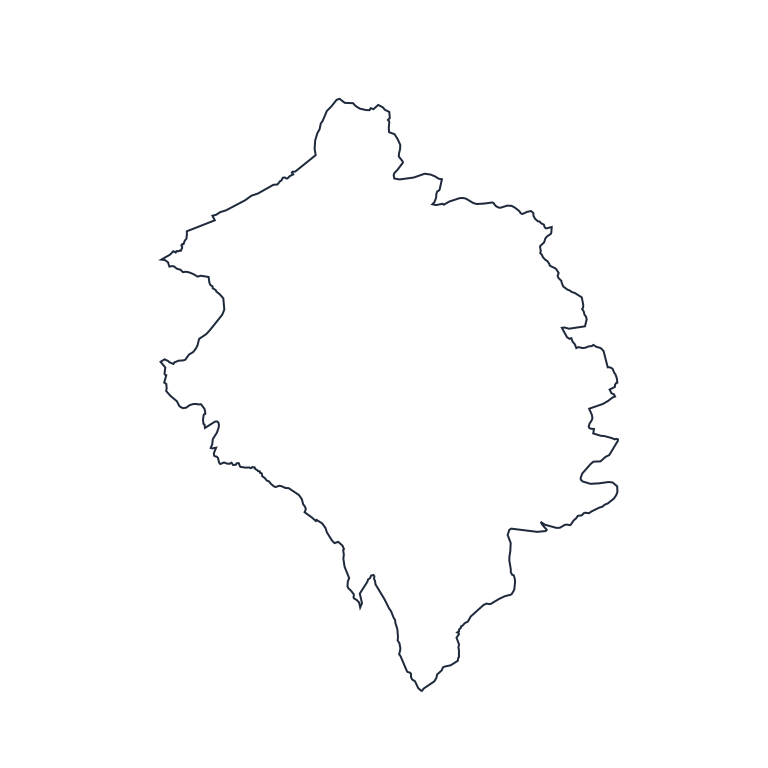 Vladesti, Vâlcea, Romania (Equal Earth projection), rotated 306°
{"feature_id": "2599482B87401907029255", "entity_name": "Vladesti", "entity_type": "district", "adm_level": 2, "iso_a3": "ROU", "parent_name": "Romania", "parent_adm1": "Vâlcea", "projection": "equal_earth", "projection_center": [24.298, 45.132], "detail": "fine", "context": "isolated", "style": "outline", "palette": "slate", "viewbox_px": 768, "rotation_deg": 306, "n_neighbors": 0, "source": "geoboundaries", "source_scale": "gbopen_adm2", "svg_char_len": 6166}
<svg xmlns="http://www.w3.org/2000/svg" viewBox="0 0 768 768"><g transform="rotate(306 384 384)"><path d="M189.2,496.1L193.8,495.0L200.2,487.6L214.3,486.8L216.3,486.0L218.8,486.8L221.5,486.2L223.3,487.8L222.8,489.2L220.6,490.4L219.1,492.8L216.9,494.9L210.3,510.6L205.4,520.1L204.2,523.5L200.4,529.5L199.6,531.6L197.2,533.9L193.6,538.8L187.6,544.0L184.5,545.8L183.3,548.9L179.9,552.5L177.7,553.8L174.3,555.0L173.5,557.4L165.1,571.4L164.9,572.5L165.7,574.5L165.5,576.1L162.9,578.0L161.5,580.3L161.7,583.8L158.1,590.4L157.7,594.2L158.1,595.1L160.9,595.1L173.1,599.5L177.2,599.1L180.2,597.7L186.1,599.0L189.4,598.3L191.1,599.2L195.5,603.2L203.5,606.4L205.6,605.2L207.4,605.0L212.9,600.9L214.5,599.1L217.3,597.9L221.4,591.8L225.7,591.7L226.3,590.9L226.1,589.3L228.0,590.1L229.5,589.0L232.2,589.5L233.2,588.8L234.8,589.6L238.0,589.9L241.2,591.5L246.8,590.8L263.7,594.4L266.6,596.0L267.9,598.7L268.8,599.6L277.7,603.4L283.2,606.4L288.1,610.4L289.2,610.8L294.1,610.3L300.9,606.4L303.2,604.4L305.5,601.4L305.0,599.9L306.2,597.2L308.4,595.7L314.7,589.3L317.9,587.0L322.9,584.5L329.9,579.9L334.5,572.8L339.6,571.1L341.8,572.0L354.4,594.8L360.0,601.2L361.7,601.4L363.1,595.1L364.5,591.8L364.8,597.1L369.0,608.2L371.1,610.8L376.4,613.1L377.8,614.7L379.1,617.4L380.0,617.8L385.0,617.6L388.3,618.4L391.3,618.3L393.8,621.1L397.3,621.7L398.0,622.3L400.0,625.8L402.7,626.7L410.7,630.9L412.9,632.7L416.1,633.5L419.0,635.3L426.4,637.3L430.4,637.2L433.8,636.3L438.3,632.8L438.7,626.7L436.6,623.2L429.8,616.1L424.6,609.7L421.9,602.0L422.3,599.4L423.9,598.2L428.2,597.0L440.9,598.2L444.3,599.1L448.6,604.6L455.4,606.1L458.9,608.0L475.4,606.6L476.7,605.8L476.1,604.0L474.9,603.3L474.0,599.7L471.3,592.6L469.6,590.0L467.0,582.3L471.0,580.3L469.3,577.4L469.1,575.9L469.9,574.6L472.8,573.6L476.7,573.4L479.0,572.6L481.2,570.3L484.6,564.5L496.5,572.8L502.2,575.3L507.3,576.8L509.7,578.3L510.8,576.0L510.2,573.6L512.1,569.8L517.4,572.5L519.3,571.3L521.3,571.3L522.2,572.0L525.5,569.0L528.0,565.3L528.2,564.0L530.5,560.3L530.7,558.5L529.8,556.1L529.0,555.2L539.7,542.3L540.3,539.5L540.3,537.8L538.9,533.9L538.7,530.4L536.8,529.8L534.4,527.2L531.7,525.6L529.8,523.5L528.2,519.7L526.1,518.5L528.3,515.0L529.1,511.7L531.2,508.6L529.6,507.6L529.4,504.6L534.0,494.9L535.8,496.8L537.5,501.2L548.8,512.7L555.4,510.0L557.3,507.7L557.9,505.5L560.1,502.9L561.1,500.2L562.8,500.2L565.1,498.7L570.3,493.1L569.8,484.9L568.8,481.9L568.9,479.8L568.2,477.0L568.2,471.8L570.4,468.2L571.7,466.8L572.3,462.9L573.6,460.8L576.4,460.1L577.5,457.6L578.3,455.1L577.2,448.6L578.1,447.6L579.5,443.8L579.3,441.4L580.0,438.1L581.3,435.8L581.8,433.4L583.7,432.7L586.7,429.6L587.6,429.3L592.6,430.3L596.6,429.0L599.1,429.1L603.4,430.7L604.6,430.5L609.6,427.4L605.5,424.1L605.0,423.1L605.4,421.6L606.9,419.7L606.4,416.8L606.9,414.4L606.1,413.0L606.4,409.3L607.9,406.1L610.1,404.3L610.3,401.2L607.3,398.5L603.4,396.4L602.6,395.5L602.6,393.8L603.4,392.0L603.6,385.8L603.1,382.5L600.7,378.8L595.5,375.0L594.3,373.6L593.7,370.5L593.9,368.7L594.8,366.5L594.6,365.0L588.7,358.8L584.1,353.2L582.9,349.9L582.1,341.3L581.2,339.1L579.0,336.1L570.0,329.6L564.2,327.0L564.3,325.5L559.4,321.0L557.8,317.5L560.8,317.9L565.2,316.7L568.9,314.5L571.0,313.9L573.1,314.8L574.3,314.6L583.7,310.5L582.3,307.8L581.9,303.0L580.8,298.5L578.0,293.3L568.4,286.6L558.7,276.4L556.3,271.5L558.6,269.1L560.7,268.4L565.2,269.0L574.1,269.2L575.0,268.4L576.7,262.3L579.2,260.7L583.6,258.9L587.1,256.5L590.3,250.7L592.3,245.7L590.7,240.1L593.9,237.4L598.9,234.4L599.6,233.6L599.9,232.0L602.5,232.4L607.2,228.4L606.4,223.6L607.1,220.4L606.4,215.3L600.1,213.9L599.4,211.2L597.0,211.3L595.1,208.5L592.6,202.7L592.2,197.7L593.0,193.9L588.4,187.0L588.6,180.4L586.0,178.6L577.9,178.3L571.2,177.3L560.9,179.7L557.5,179.8L552.1,182.2L548.0,182.6L540.7,185.1L533.4,189.7L529.0,194.2L503.6,187.3L502.0,185.2L500.8,185.2L500.2,187.4L496.9,185.6L493.7,185.1L493.0,184.5L492.7,182.2L491.3,180.9L488.4,181.4L487.0,180.7L482.8,180.5L480.1,177.4L463.9,170.0L458.5,166.1L450.9,163.6L431.6,154.1L426.8,150.5L422.2,148.7L419.3,146.3L417.0,150.9L391.6,134.7L389.1,136.7L385.5,138.7L382.7,138.6L379.3,139.6L378.7,138.6L377.0,138.6L376.5,140.0L375.2,140.8L372.3,141.3L372.1,140.4L370.4,139.6L369.6,138.0L367.9,138.2L367.6,135.5L362.7,134.8L353.7,130.7L355.5,134.0L355.5,137.7L352.8,141.4L354.8,143.2L355.7,144.9L355.5,148.7L356.8,152.0L356.3,155.6L358.2,157.5L359.7,160.5L360.8,164.9L361.4,170.2L363.8,172.0L367.5,179.2L363.3,183.2L362.0,185.4L362.2,187.9L360.8,189.2L361.1,192.5L360.2,194.2L360.1,197.9L358.9,203.6L350.3,211.1L344.9,212.4L325.4,211.5L320.0,210.9L311.8,207.9L305.7,210.4L302.8,210.9L297.9,210.9L293.0,208.9L286.9,209.0L285.1,207.7L282.1,204.1L278.2,201.7L276.4,201.8L275.5,197.7L275.7,195.7L275.0,192.0L270.6,190.2L268.8,197.4L263.4,200.3L262.8,201.5L263.1,202.7L255.9,205.4L256.1,207.8L252.9,210.6L250.3,211.9L248.9,218.0L248.3,226.6L245.9,231.3L245.8,233.0L246.3,235.6L248.6,237.9L252.8,239.3L255.8,241.6L257.6,244.0L258.4,246.0L260.0,247.7L259.9,248.3L258.4,253.4L255.9,256.2L254.7,257.0L253.5,256.2L252.4,256.6L248.8,258.5L245.6,261.4L245.7,262.7L243.2,265.0L254.3,269.4L255.6,271.0L255.5,272.6L253.8,274.6L251.4,275.9L246.4,277.4L238.8,277.9L234.0,280.6L230.4,281.4L230.9,282.9L233.8,285.6L228.1,287.0L226.5,288.4L226.1,288.9L226.3,290.1L226.9,291.4L226.5,293.3L223.5,296.7L223.0,298.6L226.5,300.7L227.3,303.7L228.5,305.8L230.7,306.9L229.8,309.4L230.3,310.3L231.6,311.6L233.2,311.4L234.6,313.0L232.7,315.9L232.6,316.7L235.2,321.5L237.2,323.9L237.6,325.8L239.6,326.4L239.6,327.3L240.5,328.3L239.6,329.7L239.8,332.4L239.5,333.3L240.3,334.9L239.3,335.8L239.8,337.6L237.8,339.8L237.9,342.7L237.0,345.9L237.6,348.2L236.7,351.5L236.5,355.6L237.0,356.9L240.2,359.2L241.2,361.6L241.9,365.3L243.7,368.1L244.2,380.4L242.5,385.3L239.1,389.4L238.7,391.2L237.4,393.7L235.9,394.7L233.6,395.1L233.6,404.4L233.1,409.4L234.4,409.3L234.9,416.0L233.0,421.5L230.4,425.0L226.7,434.2L226.2,437.6L229.4,439.7L228.8,445.5L226.9,448.6L225.8,448.5L222.2,451.9L218.9,453.7L213.0,459.5L206.5,469.9L203.0,470.8L198.8,473.4L197.7,475.5L197.5,478.1L196.2,482.9L195.4,483.8L193.4,484.8L192.9,485.7L193.2,488.8L192.6,492.3L189.2,496.1Z" fill="none" stroke="#1e293b" stroke-width="2"/></g></svg>